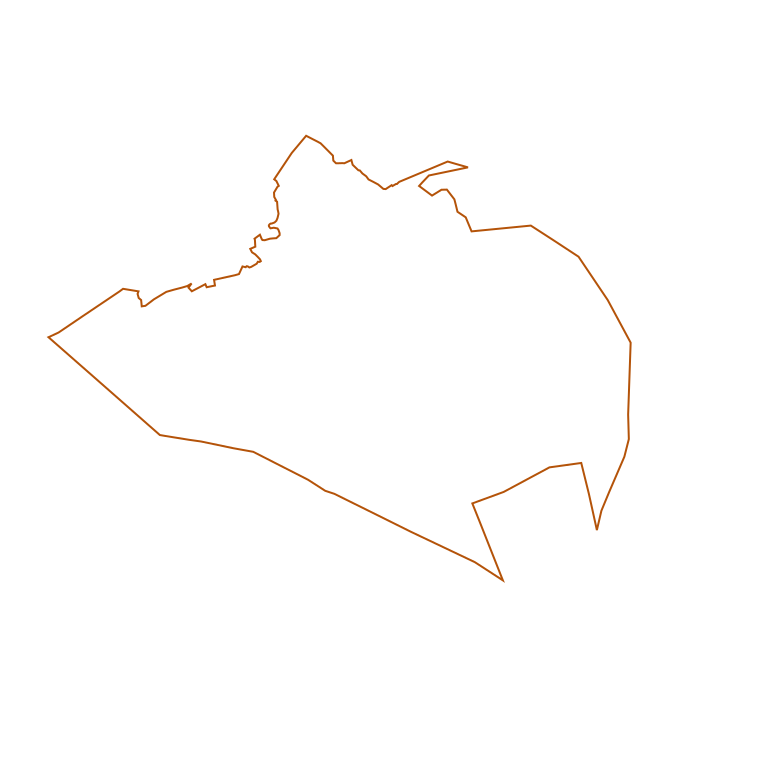 Santa Ana, Oaxaca, Mexico (Natural Earth projection), rotated 321°
{"feature_id": "50627088B53978228930209", "entity_name": "Santa Ana", "entity_type": "district", "adm_level": 2, "iso_a3": "MEX", "parent_name": "Mexico", "parent_adm1": "Oaxaca", "projection": "natural_earth1", "projection_center": [-96.73, 16.33], "detail": "fine", "context": "isolated", "style": "outline", "palette": "amber", "viewbox_px": 768, "rotation_deg": 321, "n_neighbors": 0, "source": "geoboundaries", "source_scale": "gbopen_adm2", "svg_char_len": 2098}
<svg xmlns="http://www.w3.org/2000/svg" viewBox="0 0 768 768"><g transform="rotate(321 384 384)"><path d="M239.7,354.4L264.7,410.6L271.1,430.0L276.3,438.1L281.3,449.0L292.5,473.4L312.1,516.2L316.6,525.6L342.5,579.7L352.8,611.4L371.6,551.5L377.5,532.4L409.1,543.2L460.1,552.9L487.6,569.5L474.0,598.5L457.5,631.5L473.2,619.3L490.9,609.7L525.0,591.8L539.6,580.9L554.5,561.4L601.7,507.1L610.7,459.5L611.1,454.9L615.3,407.5L606.0,378.4L597.8,353.3L548.1,320.5L552.4,305.9L549.5,296.4L552.8,289.4L554.9,284.8L555.2,272.5L550.9,269.2L539.9,267.8L535.9,252.2L540.3,251.5L550.1,250.2L585.6,268.5L578.0,257.7L573.5,251.2L523.1,236.5L522.2,236.5L519.9,236.7L519.2,236.1L515.2,235.5L515.1,234.3L512.1,234.0L510.2,233.8L508.0,233.6L506.3,232.0L505.0,225.2L502.8,220.0L500.7,215.3L500.9,211.4L499.7,206.8L499.6,202.8L498.6,201.8L497.6,193.9L499.6,189.4L492.1,187.5L490.7,186.2L486.5,183.0L485.6,182.2L485.2,178.5L488.0,174.4L487.0,164.6L486.9,163.5L486.2,157.0L485.6,155.6L485.0,154.1L482.6,148.7L479.7,142.1L457.7,146.4L427.5,155.8L428.1,158.6L426.9,163.8L425.3,163.7L419.0,166.0L416.4,169.6L415.8,173.2L415.1,173.3L415.6,175.1L411.2,181.4L410.4,183.1L409.2,185.3L405.7,188.0L403.1,189.4L400.6,189.6L397.6,188.6L397.1,188.1L396.4,187.9L395.5,187.9L394.4,188.2L393.8,189.1L393.7,191.1L393.8,191.6L396.7,193.2L399.1,196.1L398.9,198.0L397.8,201.1L396.6,202.6L392.1,202.9L389.4,201.0L386.8,199.3L381.8,197.2L380.1,195.6L380.2,194.4L381.5,189.9L374.8,189.6L374.5,190.6L370.4,196.3L365.1,194.8L364.3,198.6L365.5,202.2L365.9,206.0L366.1,209.1L365.6,211.0L364.2,210.9L362.9,209.6L360.8,210.4L354.4,209.4L352.7,208.7L352.1,206.8L351.3,206.0L350.0,206.2L348.0,203.6L340.5,207.3L336.7,205.7L317.5,196.1L314.6,201.1L307.1,197.2L308.0,194.0L293.0,191.0L292.7,186.1L297.7,184.8L292.9,184.1L288.0,182.1L280.1,178.5L272.8,175.4L258.4,173.4L247.8,173.1L244.6,171.2L248.1,165.9L247.5,162.8L249.2,158.9L251.5,157.5L241.1,145.8L236.6,145.6L192.8,141.7L163.5,139.2L152.7,136.5L164.2,203.5L175.2,268.0L177.7,282.6L181.2,286.6L197.4,304.7L205.6,313.5L226.5,339.1L239.7,354.4Z" fill="none" stroke="#b45309" stroke-width="2"/></g></svg>